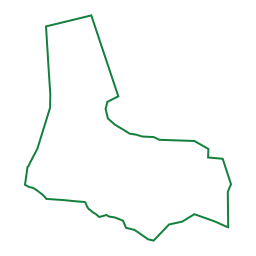 Bayancagaan, Bayanhongor, Mongolia
{"feature_id": "93677404B22663539773144", "entity_name": "Bayancagaan", "entity_type": "district", "adm_level": 2, "iso_a3": "MNG", "parent_name": "Mongolia", "parent_adm1": "Bayanhongor", "projection": "orthographic", "projection_center": [98.843, 45.297], "detail": "fine", "context": "isolated", "style": "outline", "palette": "green", "viewbox_px": 256, "rotation_deg": 0, "n_neighbors": 0, "source": "geoboundaries", "source_scale": "gbopen_adm2", "svg_char_len": 1034}
<svg xmlns="http://www.w3.org/2000/svg" viewBox="0 0 256 256"><path d="M91.3,15.4L46.0,26.4L48.7,70.1L50.3,93.9L50.1,107.6L37.4,148.7L30.3,162.2L29.5,164.0L29.1,164.8L29.0,165.0L28.8,165.2L28.7,165.5L28.6,165.8L28.3,166.2L27.5,167.0L25.0,184.8L29.3,187.1L33.0,187.8L36.7,190.2L42.5,194.6L43.9,196.1L44.8,196.9L46.4,198.9L63.8,200.1L75.9,201.3L80.8,201.7L84.7,202.0L85.6,202.7L86.0,204.0L86.4,204.8L86.8,205.9L87.1,206.5L87.9,207.9L88.4,208.5L88.9,209.1L89.1,209.4L89.4,209.5L90.2,209.9L90.7,210.5L91.0,210.7L91.4,211.1L92.5,212.1L94.0,213.0L95.3,213.7L96.0,214.2L99.2,217.0L106.5,215.0L108.9,216.5L115.0,217.5L123.0,220.7L126.0,227.8L134.5,229.9L148.1,239.3L153.6,240.6L169.0,224.5L182.3,221.6L194.4,214.2L209.4,219.5L215.9,221.9L222.2,224.8L227.2,227.0L228.2,227.2L227.8,191.9L229.3,188.1L231.0,184.2L222.7,158.8L208.1,157.5L208.4,149.0L194.4,141.0L159.4,139.8L153.8,137.1L142.2,136.5L136.4,134.7L129.8,133.7L114.7,124.5L107.9,118.5L105.6,108.9L107.4,101.8L118.3,96.3L91.3,15.4Z" fill="none" stroke="#15803d" stroke-width="2"/></svg>